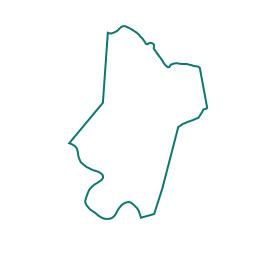 outline of Pimienta, Cortés, Honduras, rotated 123°
{"feature_id": "27666195B68412156052956", "entity_name": "Pimienta", "entity_type": "district", "adm_level": 2, "iso_a3": "HND", "parent_name": "Honduras", "parent_adm1": "Cortés", "projection": "natural_earth1", "projection_center": [-87.976, 15.271], "detail": "fine", "context": "isolated", "style": "outline", "palette": "teal", "viewbox_px": 256, "rotation_deg": 123, "n_neighbors": 0, "source": "geoboundaries", "source_scale": "gbopen_adm2", "svg_char_len": 5602}
<svg xmlns="http://www.w3.org/2000/svg" viewBox="0 0 256 256"><g transform="rotate(123 128 128)"><path d="M160.3,66.2L99.7,86.4L98.4,85.6L97.2,85.3L95.7,84.7L94.1,83.8L92.9,82.8L91.5,82.0L90.5,81.4L89.6,80.6L87.0,78.7L86.1,77.9L85.0,77.2L83.6,76.3L82.6,75.7L81.8,74.9L81.1,74.5L76.2,74.5L74.7,74.5L73.4,74.6L71.3,74.8L69.5,73.1L68.8,72.7L68.0,72.7L67.8,72.7L38.4,100.6L38.4,101.1L38.4,101.6L38.4,102.5L38.5,102.9L38.6,103.2L38.7,103.5L39.9,106.1L40.1,106.4L40.1,106.6L40.2,106.8L40.3,107.4L40.4,107.7L40.5,108.3L40.6,108.6L40.8,109.1L41.2,110.1L41.4,110.5L41.5,110.9L41.7,111.7L41.8,112.1L42.0,112.6L42.2,113.2L42.2,113.3L42.3,113.5L44.8,117.5L45.2,118.1L45.4,118.4L45.8,119.3L46.1,120.1L46.6,121.3L46.9,121.9L47.1,122.4L47.2,122.6L47.5,122.9L47.8,123.2L48.0,123.5L48.3,123.9L48.4,124.0L48.6,124.3L49.0,124.6L49.5,125.0L49.9,125.3L50.2,125.5L50.7,126.0L50.9,126.2L51.0,126.3L51.3,126.4L51.7,126.5L52.2,126.6L52.4,126.6L52.6,126.6L53.0,126.5L53.4,126.5L53.6,126.5L53.8,126.5L54.0,126.5L54.4,126.6L54.5,126.7L54.7,126.8L54.9,126.9L55.0,127.1L55.1,127.3L55.2,127.6L55.2,127.8L55.2,128.0L55.3,128.4L55.2,128.8L55.1,129.8L55.0,130.4L54.9,130.8L54.8,131.4L54.5,132.2L54.4,132.5L54.1,133.3L53.8,134.0L53.7,134.3L53.5,134.5L53.1,135.3L52.9,135.6L52.8,135.9L52.5,136.5L52.3,137.1L52.2,137.4L52.0,137.8L51.8,138.1L51.7,138.4L51.5,138.8L51.3,139.7L51.1,140.1L51.0,140.5L48.6,146.7L47.9,148.4L47.6,149.1L47.5,149.3L47.3,149.5L47.2,149.7L47.1,149.8L46.8,150.0L46.2,150.3L45.2,150.8L44.9,151.0L44.6,151.2L44.3,151.5L44.0,151.8L43.8,152.1L43.8,153.4L43.8,154.0L43.9,154.5L44.0,154.8L44.2,155.1L44.3,155.4L44.5,155.7L44.6,155.8L44.8,156.0L45.0,156.2L45.3,156.4L45.5,156.6L45.9,156.7L46.3,156.9L46.6,157.0L46.8,157.2L47.1,157.4L47.2,157.5L47.3,157.6L47.4,157.8L47.5,157.9L47.5,158.0L47.6,158.3L47.6,158.5L47.5,158.9L47.4,159.1L47.0,160.1L45.9,162.6L45.6,163.5L45.3,164.1L45.2,164.5L44.9,165.3L44.8,165.6L44.8,165.8L44.7,166.1L44.7,166.6L44.7,166.8L44.6,167.2L44.5,167.5L44.5,167.8L44.4,168.2L44.2,168.5L44.0,169.1L43.9,169.4L43.8,169.8L43.7,170.4L43.6,170.7L43.5,171.6L43.4,172.4L43.3,173.1L43.3,173.5L43.3,174.0L43.3,175.1L43.3,176.0L43.3,178.8L43.4,180.0L43.4,180.5L43.4,181.1L43.6,182.3L43.9,184.1L44.1,185.2L44.2,185.6L44.3,186.0L44.6,186.6L44.7,186.8L44.9,187.0L45.0,187.2L45.2,187.4L45.4,187.6L45.7,187.8L46.0,188.1L46.3,188.3L46.5,188.4L46.7,188.6L47.2,188.7L47.8,188.9L48.1,189.0L49.5,189.3L50.4,189.5L51.7,189.8L52.2,189.9L52.6,190.1L52.8,190.2L53.1,190.3L54.0,190.8L55.2,191.5L55.5,191.7L55.9,192.0L56.6,192.5L56.9,192.7L57.3,193.0L57.6,193.4L57.8,193.5L58.1,194.0L58.3,194.3L58.5,194.7L58.7,195.0L58.8,195.3L58.9,195.6L59.0,196.0L59.0,196.3L59.1,196.8L71.2,190.1L120.5,162.8L172.8,169.0L172.6,168.2L172.4,167.5L172.4,167.3L172.3,166.9L172.2,166.1L172.2,165.6L172.1,164.9L172.1,164.3L172.1,163.9L172.1,163.5L172.1,162.9L172.2,162.4L172.2,162.0L172.3,161.6L172.5,161.2L172.6,160.8L172.8,160.3L173.0,159.9L173.2,159.7L173.3,159.5L173.7,158.9L174.2,158.4L174.4,158.1L174.7,157.8L175.9,156.7L176.8,155.9L177.7,155.1L178.3,154.6L178.6,154.3L178.9,154.0L179.3,153.5L179.8,152.8L180.2,152.3L180.6,151.8L181.4,150.5L181.9,149.8L182.3,149.0L182.4,148.8L182.5,148.6L182.7,147.0L182.9,145.4L183.1,142.9L183.2,142.1L183.2,141.8L183.2,141.4L183.1,140.4L183.0,139.5L182.9,138.4L182.8,137.1L182.6,135.8L182.5,135.3L182.4,134.7L182.3,134.2L181.9,132.6L181.5,131.2L181.1,129.9L181.0,129.4L180.9,129.0L180.9,128.5L180.8,128.0L180.8,127.7L180.8,127.3L180.8,126.4L180.9,125.9L180.9,125.3L181.0,124.8L181.1,124.1L181.2,123.9L181.3,123.7L181.5,123.4L181.7,123.1L181.9,122.9L182.1,122.7L182.4,122.5L182.6,122.3L182.8,122.2L183.1,122.0L183.3,121.9L183.6,121.9L183.8,121.8L184.0,121.8L184.3,121.8L184.7,121.8L185.0,121.8L185.3,121.8L185.7,121.9L186.0,122.0L186.5,122.1L187.6,122.5L188.5,122.9L189.2,123.2L190.7,123.8L191.4,124.2L192.5,124.7L193.1,125.0L193.8,125.3L194.3,125.5L195.7,125.9L196.9,126.2L198.0,126.5L199.0,126.7L199.4,126.7L200.0,126.8L200.5,126.8L201.0,126.8L201.6,126.8L202.0,126.7L202.7,126.6L203.3,126.5L204.7,126.2L206.2,125.9L206.8,125.8L208.0,125.5L209.6,125.0L211.0,124.6L212.1,124.2L212.6,124.0L212.8,124.0L213.0,123.9L213.3,123.7L213.5,123.4L213.8,123.1L214.1,122.7L214.4,122.3L214.7,121.9L214.9,121.4L215.1,121.0L215.4,120.5L215.7,119.8L215.9,119.1L216.0,118.7L216.2,118.2L216.5,117.2L216.7,116.5L216.8,115.9L216.9,115.4L216.9,115.0L217.0,114.5L217.0,113.8L217.0,113.0L217.0,111.8L217.0,110.7L217.1,110.2L217.1,109.2L217.2,107.9L217.3,107.3L217.4,106.7L217.5,105.9L217.6,105.4L217.6,105.0L217.6,104.6L217.6,103.8L217.6,103.3L217.6,102.5L217.5,101.3L217.4,100.5L217.2,99.4L217.2,99.2L217.1,98.9L217.1,98.7L216.9,98.3L216.8,98.0L216.3,97.2L215.9,96.5L215.4,95.8L214.9,95.0L214.4,94.4L214.0,94.0L213.8,93.7L213.7,93.6L213.2,93.2L212.9,93.0L212.3,92.6L211.8,92.4L211.6,92.2L211.2,92.1L210.8,91.9L210.3,91.8L209.9,91.7L209.6,91.6L209.2,91.6L208.9,91.5L208.0,91.5L207.1,91.5L206.4,91.5L205.5,91.6L204.3,91.7L203.0,91.8L202.5,91.9L201.9,91.9L201.4,91.9L200.8,91.9L199.6,91.8L198.5,91.7L198.0,91.6L197.0,91.5L196.6,91.4L196.2,91.3L195.7,91.2L195.4,91.1L195.1,91.1L194.7,90.9L194.0,90.5L193.6,90.3L192.7,89.8L192.4,89.6L192.2,89.5L191.9,89.3L191.5,89.0L191.2,88.7L190.9,88.4L190.6,88.1L190.3,87.7L190.0,87.4L189.9,87.3L189.7,87.0L189.5,86.6L189.3,86.2L189.2,85.9L189.1,85.5L189.1,85.2L189.0,84.8L189.0,84.3L189.1,83.7L189.2,82.7L189.2,82.2L189.4,81.1L189.6,80.1L189.8,79.0L190.1,77.8L190.2,77.3L190.3,76.8L190.5,76.3L190.7,75.8L190.9,75.4L191.1,75.0L191.3,74.6L191.4,74.3L191.6,74.0L191.9,73.6L192.2,73.1L193.3,71.8L194.9,69.8L196.2,68.3L185.9,59.2L160.3,66.2Z" fill="none" stroke="#0f766e" stroke-width="2"/></g></svg>